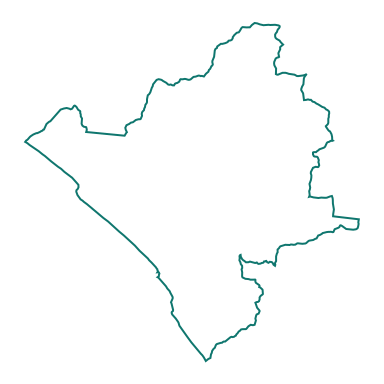 outline of Trujillo, La Libertad, Peru
{"feature_id": "86281439B80561874516771", "entity_name": "Trujillo", "entity_type": "district", "adm_level": 2, "iso_a3": "PER", "parent_name": "Peru", "parent_adm1": "La Libertad", "projection": "albers", "projection_center": [-78.886, -8.084], "detail": "fine", "context": "isolated", "style": "outline", "palette": "teal", "viewbox_px": 384, "rotation_deg": 0, "n_neighbors": 0, "source": "geoboundaries", "source_scale": "gbopen_adm2", "svg_char_len": 5932}
<svg xmlns="http://www.w3.org/2000/svg" viewBox="0 0 384 384"><path d="M25.2,141.9L27.3,143.1L29.6,145.0L38.7,151.2L42.5,154.3L44.9,156.0L51.2,161.4L58.1,166.8L61.1,168.8L64.3,171.8L72.2,177.8L78.4,184.8L78.5,187.3L77.7,189.0L76.6,190.0L76.3,190.9L76.3,191.8L77.5,195.1L80.6,199.4L82.5,200.6L83.9,201.9L86.9,204.1L103.4,218.0L108.1,221.5L119.2,231.6L123.9,235.5L134.9,245.6L139.5,250.7L147.9,258.5L149.1,260.2L151.6,262.6L156.0,267.4L156.6,268.5L157.3,269.2L157.4,270.1L158.0,271.3L157.4,272.3L158.3,272.2L158.9,272.5L159.4,273.7L159.0,274.6L158.8,276.3L157.6,277.2L158.4,277.6L166.0,286.3L167.3,288.5L169.7,291.2L170.4,292.9L172.5,296.7L172.7,297.7L172.6,298.6L171.0,302.3L171.5,303.4L173.1,309.9L173.0,310.9L171.9,311.9L171.7,312.3L171.7,313.1L172.2,314.5L175.8,318.6L178.1,321.9L178.6,322.9L179.4,325.7L187.5,337.1L191.3,342.3L200.9,353.8L202.3,355.2L203.9,357.5L205.8,361.0L208.3,359.0L210.4,358.0L211.0,354.3L211.7,353.0L212.2,350.8L213.6,348.8L214.8,347.8L215.8,345.2L216.4,344.4L217.0,344.0L220.6,342.9L222.1,342.7L223.0,341.9L223.9,341.5L225.2,341.5L230.5,337.2L231.7,336.8L232.7,337.1L234.2,336.7L235.0,336.0L235.9,335.6L236.3,334.5L237.6,333.2L238.7,331.5L239.8,330.9L241.0,329.5L242.2,329.2L245.9,329.1L246.4,328.8L248.4,326.3L250.7,324.8L253.0,325.2L254.6,324.8L255.9,320.5L255.4,318.6L256.1,315.7L256.6,314.5L258.6,313.6L259.6,311.2L259.5,310.6L257.1,307.7L255.4,302.7L256.6,302.1L258.0,301.9L259.0,301.2L259.6,299.4L259.6,297.4L260.7,295.8L262.5,294.5L262.9,294.0L262.6,290.0L262.4,289.5L260.1,287.4L259.2,287.1L259.5,285.7L259.2,285.1L255.9,282.8L255.4,281.7L255.4,279.8L255.2,279.6L250.6,279.7L248.6,279.1L245.4,278.8L242.5,277.4L242.1,276.3L242.2,272.4L241.6,269.3L242.2,268.0L242.1,265.8L240.8,264.1L240.4,262.3L239.4,260.3L239.7,258.1L239.5,256.1L240.1,255.1L240.6,254.9L240.8,256.7L242.1,259.1L243.4,260.4L244.2,260.8L246.0,262.3L248.6,262.2L249.9,261.6L255.2,263.0L256.8,262.5L257.5,263.4L258.6,263.9L260.5,263.6L261.7,263.0L263.0,262.8L263.5,262.5L264.1,261.4L265.5,261.4L265.8,261.0L266.2,260.9L267.3,262.3L268.5,262.8L269.8,261.8L271.8,262.1L273.1,263.5L273.3,264.4L273.6,264.8L275.0,265.8L275.3,264.8L275.0,263.7L275.1,262.8L276.1,261.1L276.1,256.4L276.9,253.5L277.6,252.4L277.6,249.5L278.9,248.3L279.8,246.9L280.4,246.3L285.3,244.8L289.6,245.0L290.8,244.5L291.7,244.5L293.4,244.8L295.4,244.6L296.8,243.6L297.8,243.3L302.3,243.8L305.3,243.5L306.2,243.1L308.5,241.0L309.4,240.6L313.2,240.0L315.1,238.9L316.6,238.4L318.2,235.5L319.8,235.0L321.8,233.9L322.6,233.1L326.6,232.1L328.2,231.9L331.1,231.8L332.8,232.2L333.4,232.0L334.7,229.2L338.5,227.7L339.3,227.1L340.1,225.5L340.5,225.3L340.8,225.3L342.1,226.0L346.2,229.0L353.2,229.7L355.9,229.3L356.7,228.9L357.7,228.0L358.2,226.2L358.6,223.9L358.3,222.3L358.8,219.3L333.1,216.3L333.2,214.1L333.9,209.5L332.9,203.5L332.8,199.7L332.6,198.1L331.9,196.0L330.2,196.4L326.8,197.7L325.2,197.8L321.2,197.6L318.4,198.0L313.5,197.4L310.1,196.5L309.1,196.8L309.7,195.2L309.2,191.1L309.8,189.6L310.2,187.6L309.5,183.9L310.9,180.1L311.3,177.7L311.4,175.3L310.8,173.4L310.9,172.0L313.0,167.8L315.6,166.8L317.9,167.1L318.4,166.9L319.2,165.3L318.8,163.3L318.4,162.2L318.8,160.1L317.8,157.5L317.1,156.8L314.4,156.5L313.8,156.1L313.0,154.4L313.0,152.5L313.9,152.1L316.1,152.1L316.9,151.3L318.5,150.2L319.4,149.3L323.9,147.7L325.1,146.7L326.8,143.0L327.5,142.3L329.4,141.7L330.5,140.9L331.3,140.8L332.1,140.9L332.9,140.6L332.4,140.2L332.2,139.5L332.1,136.9L331.5,134.2L330.0,131.4L329.0,130.9L328.1,129.9L325.9,126.6L325.8,126.2L327.7,124.3L328.3,122.9L328.3,118.7L328.8,117.1L328.8,115.1L329.2,113.4L329.1,111.7L328.5,110.9L327.4,110.0L326.2,109.5L324.5,107.7L322.2,106.9L318.4,104.5L316.3,103.5L314.5,102.1L312.6,101.6L310.9,99.8L309.8,99.9L308.0,99.4L306.1,99.9L304.0,100.1L303.1,93.3L301.2,90.0L301.3,88.8L302.1,86.6L303.4,84.3L303.9,78.3L304.6,76.7L306.7,74.0L305.3,74.8L303.4,75.4L298.2,76.1L296.9,76.0L294.6,74.7L288.7,73.8L287.4,73.3L285.5,72.8L282.5,72.8L277.9,74.7L277.2,74.7L275.9,74.1L276.1,68.5L274.4,65.4L274.1,63.7L274.2,62.0L275.7,58.5L277.4,57.5L278.6,57.3L279.1,56.9L278.4,53.5L278.5,52.8L280.2,49.3L280.1,47.6L280.3,46.9L283.1,44.6L280.8,42.3L279.6,40.6L276.5,38.8L275.5,37.7L275.2,36.7L275.1,34.7L275.8,33.3L276.8,32.2L277.8,29.5L278.9,28.4L279.6,27.2L279.7,26.3L279.5,25.9L278.5,25.4L275.1,24.8L270.3,25.0L268.4,24.8L263.5,25.2L259.9,24.4L257.3,23.4L254.6,23.0L251.9,25.0L249.9,27.3L246.5,27.4L242.6,27.1L242.1,27.4L241.4,28.1L240.0,30.6L238.8,32.3L236.7,32.8L233.9,35.5L233.5,36.3L232.8,37.1L232.7,38.3L231.8,39.8L230.7,40.4L228.6,40.7L227.6,42.1L225.4,43.1L222.2,43.9L220.9,43.8L217.2,46.5L217.0,47.9L215.5,48.9L214.8,50.4L214.1,56.8L212.4,60.9L212.3,62.1L212.8,64.4L212.3,65.5L211.4,66.2L210.2,68.8L208.9,70.0L208.4,71.7L206.0,73.7L203.9,76.5L201.9,75.9L200.6,76.1L199.8,75.7L198.4,75.6L195.7,76.6L193.5,76.9L190.6,79.4L189.2,79.8L188.3,79.8L185.7,79.0L184.6,78.9L182.6,79.3L180.6,79.2L180.1,79.6L179.3,81.6L177.4,82.9L176.1,83.2L175.0,83.7L174.0,85.4L172.4,85.3L170.8,84.5L169.3,84.8L168.1,84.5L166.3,82.8L162.9,80.9L161.9,80.1L161.0,79.7L158.6,79.2L156.6,79.9L153.1,84.3L152.6,86.5L151.9,87.5L150.3,92.3L149.2,94.1L147.8,95.3L147.0,99.2L147.0,102.1L146.6,103.2L145.4,104.8L144.9,107.4L144.3,108.3L143.9,110.3L142.9,111.2L142.1,112.3L141.7,114.1L142.0,115.1L142.0,115.9L140.7,118.9L140.2,119.2L138.3,119.3L135.8,120.0L133.0,122.2L130.8,122.7L129.3,123.9L126.5,125.2L125.3,127.8L125.8,129.9L126.9,132.2L126.3,132.8L124.6,135.7L86.2,132.0L86.8,129.9L86.6,128.6L86.2,127.2L83.8,126.7L82.4,125.6L81.6,123.8L82.0,118.5L80.8,116.4L80.7,114.2L80.2,113.1L80.3,111.8L80.1,111.1L78.1,109.7L76.5,107.0L75.2,105.8L74.6,105.6L74.0,105.9L72.1,108.7L71.5,109.0L70.5,109.3L69.7,108.8L66.7,108.0L63.9,108.5L60.6,109.6L50.3,121.3L49.8,121.4L48.8,122.0L46.5,124.0L44.0,129.5L43.3,129.6L42.4,130.7L41.4,131.0L40.2,131.8L37.4,133.1L36.6,133.1L35.3,133.6L33.3,134.5L31.0,136.0L30.0,136.8L27.5,139.7L26.2,140.5L25.2,141.9Z" fill="none" stroke="#0f766e" stroke-width="2"/></svg>